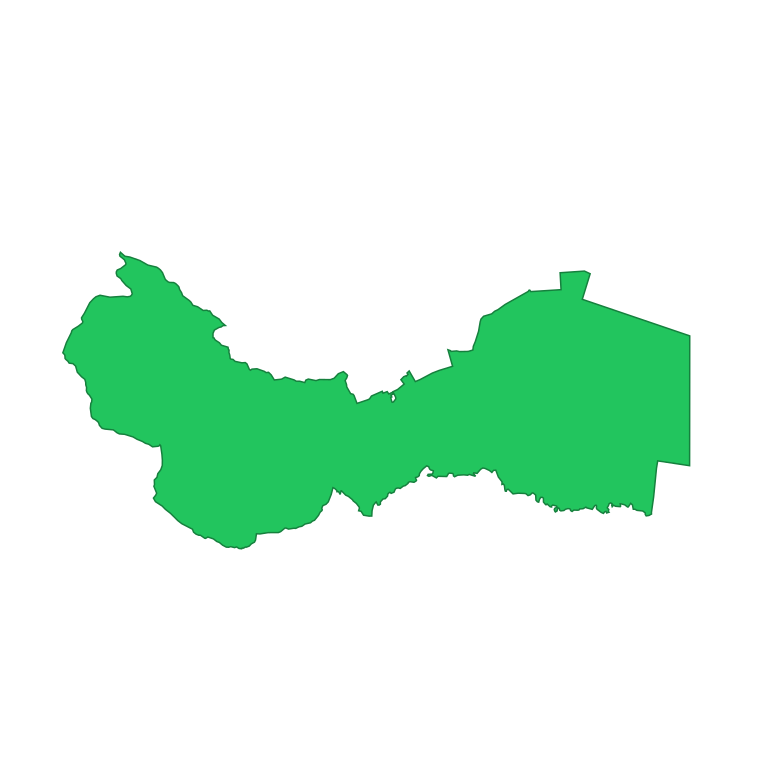 outline of Urechesti, Vrancea, Romania, rotated 349°
{"feature_id": "2599482B13172395436586", "entity_name": "Urechesti", "entity_type": "district", "adm_level": 2, "iso_a3": "ROU", "parent_name": "Romania", "parent_adm1": "Vrancea", "projection": "albers", "projection_center": [27.067, 45.615], "detail": "fine", "context": "isolated", "style": "filled", "palette": "green", "viewbox_px": 768, "rotation_deg": 349, "n_neighbors": 0, "source": "geoboundaries", "source_scale": "gbopen_adm2", "svg_char_len": 6132}
<svg xmlns="http://www.w3.org/2000/svg" viewBox="0 0 768 768"><g transform="rotate(349 384 384)"><path d="M621.8,562.7L622.0,561.2L627.1,546.4L635.4,518.7L638.0,511.7L668.4,522.5L693.3,395.1L594.8,338.7L607.4,315.1L602.3,311.4L578.1,308.4L575.8,325.2L545.7,321.3L545.0,319.7L544.3,319.6L543.2,320.7L518.2,329.0L510.0,332.8L506.5,333.7L503.1,335.7L494.7,336.5L491.6,338.8L490.3,341.3L486.9,350.3L481.6,360.0L478.9,364.0L477.7,367.6L472.9,368.1L464.3,366.6L461.6,365.4L455.9,364.8L455.7,364.0L453.3,362.6L454.7,379.7L440.7,381.2L433.5,382.5L420.4,386.5L415.2,387.6L411.2,376.0L408.7,377.6L409.5,379.1L408.3,380.0L407.5,380.5L407.4,380.1L404.8,380.6L401.4,383.0L403.8,387.9L396.3,392.0L391.3,393.3L392.9,399.1L392.8,400.8L389.9,403.4L388.6,403.5L388.3,403.1L388.0,398.4L389.2,398.2L388.7,396.2L391.2,395.7L390.6,393.8L386.8,394.7L385.7,392.1L381.3,392.8L380.9,390.8L369.4,393.4L366.9,395.9L365.0,396.4L353.8,397.9L352.4,389.6L351.7,388.2L349.4,387.1L346.9,379.8L347.1,377.2L346.5,373.2L348.6,370.9L349.8,368.7L349.4,367.7L346.5,364.1L341.1,365.2L336.2,368.8L332.2,369.5L321.6,367.3L317.9,367.7L310.6,364.7L308.0,365.3L306.5,367.5L301.8,365.2L298.4,364.5L296.5,362.8L288.3,358.4L284.3,359.7L277.1,359.1L275.0,353.5L272.9,350.5L270.4,350.3L269.0,348.8L262.2,344.8L257.2,344.2L255.5,345.0L254.6,343.9L253.3,338.1L251.9,336.5L248.6,336.1L242.2,333.4L240.4,331.0L238.7,330.5L237.9,329.7L238.1,326.1L237.8,323.4L238.4,321.1L237.9,320.6L237.9,318.1L231.8,314.9L230.3,312.1L227.4,309.3L226.4,308.1L226.0,306.4L225.0,305.9L225.8,301.7L227.8,298.7L232.8,297.0L235.2,296.9L236.9,296.0L239.4,296.3L236.5,292.7L234.6,288.8L228.9,283.8L226.9,279.0L225.6,278.9L224.2,277.8L220.5,277.3L215.8,272.6L211.4,270.3L210.1,266.8L208.8,264.9L203.2,258.9L202.7,255.7L201.4,252.2L201.2,249.6L200.4,248.1L198.6,245.6L196.9,244.3L193.0,243.4L191.7,242.7L189.9,240.5L189.2,239.3L187.8,232.4L186.3,229.4L184.7,227.4L183.1,225.9L174.9,222.2L167.9,216.2L158.8,210.9L154.0,209.1L150.4,204.4L149.1,206.5L149.2,208.2L152.8,212.4L153.7,216.2L153.3,217.5L147.6,220.4L143.9,221.2L142.6,222.9L142.3,224.4L142.6,227.1L145.7,230.3L146.4,232.4L149.7,238.1L153.6,242.4L154.1,247.4L153.1,248.6L151.8,249.5L148.7,249.5L144.6,248.1L131.6,246.5L122.2,242.7L117.9,243.4L115.1,244.9L110.7,248.1L103.4,257.4L99.7,261.3L99.6,262.7L100.3,265.2L99.7,266.5L95.0,268.9L88.9,271.2L87.6,272.3L86.9,273.9L80.1,282.8L74.7,292.1L76.0,294.2L76.2,295.2L75.8,298.1L76.2,298.9L78.3,301.7L78.6,303.0L79.1,303.5L82.6,304.7L84.7,307.6L85.2,313.9L88.5,319.2L91.2,322.3L91.5,325.4L91.1,328.0L91.4,330.6L90.6,333.7L90.8,335.3L91.4,337.0L92.7,338.8L94.4,343.1L93.5,346.1L92.6,346.9L91.1,351.8L90.6,360.1L91.7,362.4L93.8,363.9L95.9,366.4L96.5,367.8L96.8,370.4L98.8,373.7L101.5,375.0L109.6,377.4L112.5,380.8L114.7,382.5L119.8,383.9L127.6,388.1L131.0,391.1L135.9,394.3L138.5,396.7L141.6,398.3L144.8,401.5L150.3,402.0L151.7,401.7L152.4,400.9L153.0,402.0L152.6,410.6L151.9,416.5L150.8,421.7L148.5,425.6L144.9,428.8L143.3,432.3L140.2,434.4L139.5,439.0L138.6,440.5L140.0,447.8L138.7,449.6L135.9,452.0L137.2,455.9L143.0,461.5L145.4,465.2L149.8,470.3L155.5,478.7L158.8,482.5L168.3,490.0L168.8,493.1L170.8,495.5L173.3,497.1L174.9,497.4L178.6,501.2L179.4,501.5L181.9,500.6L187.0,503.5L189.8,506.7L192.2,508.2L194.8,511.4L198.0,514.0L200.3,514.6L202.5,514.4L206.1,516.1L208.2,515.8L210.3,517.8L212.9,518.6L213.4,518.0L214.9,518.3L216.8,517.6L217.8,517.9L220.8,517.4L223.3,515.6L226.7,514.5L228.1,512.7L230.2,506.7L233.7,507.5L242.0,507.8L251.9,509.7L254.4,509.2L259.1,506.6L260.3,506.7L262.6,508.2L268.0,508.4L269.8,508.9L273.2,508.0L276.2,508.0L279.8,506.4L285.4,506.2L287.6,504.9L289.8,504.5L294.6,500.5L296.8,497.7L299.0,496.4L299.4,495.5L299.2,494.0L300.8,491.7L304.1,491.0L306.8,489.1L311.2,482.2L314.1,476.0L315.6,477.1L317.1,479.1L317.5,479.9L317.2,480.7L318.9,481.1L319.8,483.6L320.2,483.5L321.4,480.7L321.9,480.7L325.2,485.8L327.6,487.5L331.0,491.6L331.4,492.8L334.1,496.0L336.1,500.0L336.2,501.1L334.9,503.6L337.2,504.6L338.9,508.9L344.0,510.8L346.8,511.3L348.1,506.1L350.5,500.9L353.0,498.8L353.8,498.3L354.9,501.7L356.2,501.9L357.5,501.3L358.0,499.0L361.1,496.7L363.4,496.8L366.1,494.7L366.8,492.7L368.8,491.4L369.3,491.5L370.1,492.7L373.2,492.1L375.0,489.4L376.0,488.8L378.0,488.7L380.0,489.6L383.5,487.9L385.5,487.8L388.7,486.1L388.9,485.4L390.7,484.8L394.7,486.2L396.9,485.4L397.6,484.6L397.2,483.6L397.1,481.8L399.4,481.6L401.1,480.7L401.6,479.0L403.4,476.9L406.4,474.6L410.3,472.5L412.1,473.7L412.5,476.0L413.3,477.2L415.9,478.6L414.9,481.0L413.9,481.6L410.1,481.1L409.2,482.2L410.5,483.2L413.5,482.8L417.5,486.2L419.4,484.9L427.9,486.8L430.3,484.1L431.5,484.0L434.5,485.0L434.8,486.0L434.7,487.5L435.6,488.5L439.0,487.6L445.0,488.4L448.7,489.5L450.4,489.0L455.7,491.8L456.1,491.5L454.7,489.0L455.2,488.3L458.3,489.5L462.5,486.2L464.9,485.3L467.0,486.1L471.0,489.0L473.0,491.4L475.0,489.7L477.3,489.9L478.5,497.1L481.2,502.5L480.6,505.1L482.0,504.9L482.8,506.4L482.5,511.0L482.7,512.4L483.6,512.6L484.6,511.0L485.9,511.0L489.7,516.5L494.9,516.8L501.2,518.3L502.4,518.8L504.1,521.0L506.4,520.7L508.7,519.2L509.9,519.7L511.7,522.0L511.0,527.0L512.1,528.9L513.3,529.5L514.7,526.8L516.2,525.2L517.9,525.5L518.7,526.5L518.0,530.3L519.6,533.2L520.0,533.5L521.2,532.9L523.7,536.2L525.0,536.7L525.1,535.8L526.6,535.0L530.2,536.8L530.4,537.9L527.9,538.6L527.2,539.7L527.3,541.2L527.8,542.3L529.6,541.7L530.6,539.5L531.7,539.0L532.3,539.6L532.4,541.4L533.4,542.3L536.5,542.5L538.2,541.6L540.7,541.4L542.5,541.9L543.1,542.9L543.0,543.8L544.3,545.0L546.3,544.0L550.4,544.9L551.5,544.8L552.3,544.0L555.6,544.4L558.7,543.4L559.4,544.3L564.5,546.8L567.7,543.6L569.0,543.4L569.4,544.3L568.8,546.2L569.2,547.6L572.7,551.5L574.7,552.9L576.4,551.5L577.6,551.4L578.0,553.1L580.4,552.8L579.9,551.9L580.7,550.1L579.6,548.4L579.7,547.7L581.1,546.3L582.0,544.6L583.6,543.9L585.0,544.9L585.1,545.6L584.4,546.2L584.6,548.0L586.2,546.8L587.9,548.2L592.5,549.5L593.0,549.0L592.9,546.7L593.4,546.7L597.2,548.5L599.6,551.2L600.3,551.3L603.4,548.2L604.8,550.1L604.8,554.5L606.4,554.8L608.2,556.3L613.7,558.0L615.8,560.3L615.6,562.0L616.2,563.5L619.0,563.6L621.8,562.7Z" fill="#22c55e" stroke="#15803d" stroke-width="1.5"/></g></svg>